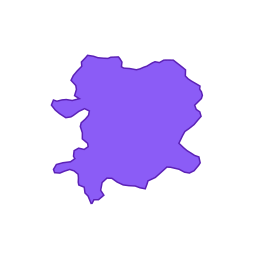 outline of Goesan-gun, North Chungcheong, South Korea, rotated 130°
{"feature_id": "91817680B74553451927555", "entity_name": "Goesan-gun", "entity_type": "district", "adm_level": 2, "iso_a3": "KOR", "parent_name": "South Korea", "parent_adm1": "North Chungcheong", "projection": "albers", "projection_center": [127.853, 36.767], "detail": "fine", "context": "isolated", "style": "filled", "palette": "violet", "viewbox_px": 256, "rotation_deg": 130, "n_neighbors": 0, "source": "geoboundaries", "source_scale": "gbopen_adm2", "svg_char_len": 1662}
<svg xmlns="http://www.w3.org/2000/svg" viewBox="0 0 256 256"><g transform="rotate(130 128 128)"><path d="M49.6,99.8L51.3,109.7L51.7,113.6L51.3,117.5L46.5,121.3L46.5,125.2L46.9,136.9L50.4,141.2L53.0,144.2L57.7,146.0L59.9,149.9L62.5,151.2L63.0,151.4L68.5,153.3L71.5,155.1L75.0,156.8L78.0,159.0L81.4,165.0L84.9,169.8L85.3,172.4L81.4,175.0L80.1,178.9L79.7,181.0L84.9,186.7L87.5,188.0L90.5,191.9L93.5,196.2L95.2,200.5L98.3,205.7L100.0,205.7L101.3,205.7L107.4,206.1L110.4,203.1L116.9,203.6L122.9,203.6L128.1,202.3L129.0,195.3L131.6,192.3L137.6,189.7L136.8,184.1L142.8,188.4L145.9,193.6L148.9,196.6L153.2,199.7L154.5,203.1L156.3,202.5L159.7,201.4L161.0,195.3L161.0,189.7L160.1,182.3L156.2,178.9L153.6,178.0L146.7,176.3L141.1,173.7L139.8,168.5L143.7,166.4L148.4,166.4L154.1,167.2L157.5,165.5L161.0,159.9L165.7,156.0L165.7,149.1L167.9,146.5L172.6,147.8L175.2,152.9L180.0,154.7L184.7,151.6L185.6,149.0L190.8,150.3L196.4,155.5L202.0,159.4L207.6,158.5L209.4,155.5L206.3,151.2L202.0,149.0L197.2,146.0L195.5,141.7L195.5,136.5L198.1,133.9L201.5,131.3L203.3,129.1L201.5,123.5L205.4,119.2L205.8,114.9L209.5,107.8L208.8,107.1L204.9,108.0L201.9,104.5L195.0,103.3L193.3,108.9L186.4,112.8L179.9,111.9L176.9,108.0L176.4,101.6L174.7,95.1L171.7,90.4L167.8,85.2L166.1,80.4L163.5,75.7L158.7,77.4L155.7,78.7L148.4,75.3L142.4,74.4L132.9,73.1L130.7,70.1L126.8,62.4L125.5,56.3L123.0,52.0L118.2,49.9L115.6,49.9L111.3,49.9L108.3,50.3L104.6,55.1L106.2,59.3L107.4,68.4L107.4,72.7L107.0,79.2L98.8,81.3L94.1,82.2L89.3,80.9L82.9,79.6L76.8,79.6L72.1,79.5L69.5,83.4L69.9,87.7L67.7,91.6L58.3,90.7L55.2,92.0L53.1,95.0L52.2,98.1L49.6,99.8Z" fill="#8b5cf6" stroke="#5b21b6" stroke-width="1.5"/></g></svg>